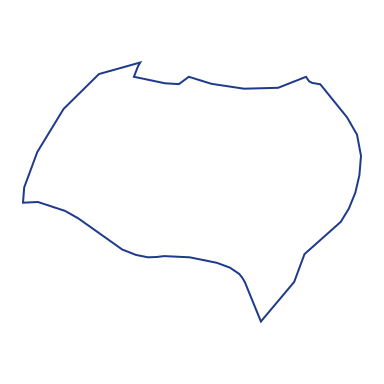 SVG path tracing the border of Bioko Norte
{"feature_id": "GNQ-1478", "entity_name": "Bioko Norte", "entity_type": "Province", "adm_level": 1, "iso_a3": "GNQ", "parent_name": "Equatorial Guinea", "parent_adm1": "", "projection": "mercator", "projection_center": [8.803, 3.644], "detail": "fine", "context": "isolated", "style": "outline", "palette": "blue", "viewbox_px": 384, "rotation_deg": 0, "n_neighbors": 0, "source": "natural_earth", "source_scale": "10m", "svg_char_len": 631}
<svg xmlns="http://www.w3.org/2000/svg" viewBox="0 0 384 384"><path d="M23.0,202.7L24.2,187.4L37.3,152.0L63.6,108.9L99.0,74.0L140.2,62.5L138.0,66.3L133.9,76.8L165.1,83.3L178.9,84.1L188.8,76.8L211.4,83.8L244.0,88.7L278.1,87.8L306.0,76.8L309.0,81.2L312.1,82.9L320.3,84.3L347.0,117.3L357.0,134.6L361.0,155.9L359.4,175.2L355.3,192.8L348.9,208.5L340.8,221.8L304.5,254.1L294.2,281.9L260.9,321.5L244.9,282.2L242.3,277.8L239.3,274.0L230.0,267.7L216.8,262.8L189.6,257.3L164.1,256.1L156.5,257.0L147.9,257.3L135.9,254.9L122.2,249.5L78.3,218.4L65.0,210.9L37.9,202.0L23.1,202.7L23.0,202.7Z" fill="none" stroke="#1e3a8a" stroke-width="2"/></svg>